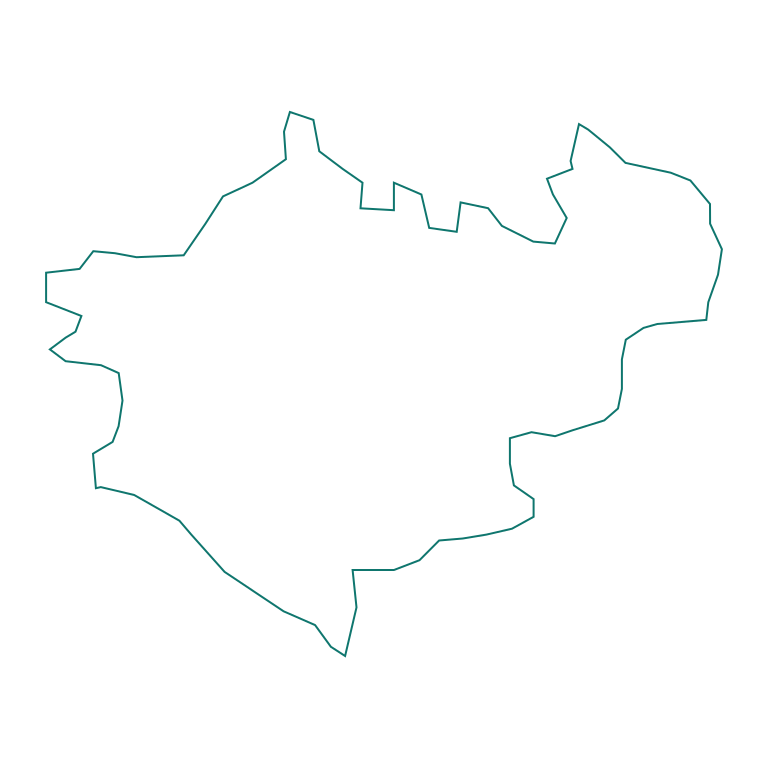 Anseong-si, Gyeonggi, South Korea
{"feature_id": "91817680B64740203795166", "entity_name": "Anseong-si", "entity_type": "district", "adm_level": 2, "iso_a3": "KOR", "parent_name": "South Korea", "parent_adm1": "Gyeonggi", "projection": "albers", "projection_center": [127.32, 37.016], "detail": "fine", "context": "isolated", "style": "outline", "palette": "teal", "viewbox_px": 768, "rotation_deg": 0, "n_neighbors": 0, "source": "geoboundaries", "source_scale": "gbopen_adm2", "svg_char_len": 1208}
<svg xmlns="http://www.w3.org/2000/svg" viewBox="0 0 768 768"><path d="M579.0,124.1L570.6,161.0L572.5,168.9L547.0,178.7L552.9,194.4L566.7,218.0L554.9,243.5L533.3,241.6L501.9,225.9L488.1,208.2L460.6,202.4L456.7,231.8L429.2,227.9L421.4,194.5L393.9,182.7L393.9,210.2L360.5,208.3L362.5,182.7L342.8,169.0L319.3,151.3L313.4,119.9L289.9,112.0L284.0,131.7L285.9,159.2L252.5,182.7L223.0,196.4L205.3,223.9L183.7,255.3L136.5,257.2L114.9,253.2L93.3,251.2L79.6,268.9L46.1,272.7L46.1,302.2L81.4,316.0L75.5,331.7L65.7,337.6L49.9,349.4L65.6,361.2L101.0,365.2L118.7,373.1L122.5,400.6L118.6,426.2L112.6,441.9L93.0,453.7L95.9,488.2L100.8,487.1L134.2,495.0L179.4,520.7L191.2,534.5L224.6,571.9L254.1,591.6L283.6,611.3L315.1,625.1L330.9,646.8L345.1,656.0L356.5,607.4L352.6,570.0L393.9,570.0L419.5,560.2L439.1,540.5L462.8,538.5L486.4,534.6L512.0,528.7L533.6,516.8L533.6,499.1L513.9,485.4L509.9,463.7L509.9,438.2L531.5,432.2L555.1,436.2L572.8,430.2L604.3,420.4L618.0,408.5L621.9,388.9L621.9,359.4L625.8,339.7L643.5,327.9L657.2,324.0L706.3,319.9L708.3,302.2L718.0,274.7L721.9,249.2L710.1,223.7L710.0,204.0L690.4,180.5L670.7,172.7L625.5,162.9L609.8,147.3L588.2,129.6L579.0,124.1Z" fill="none" stroke="#0f766e" stroke-width="2"/></svg>